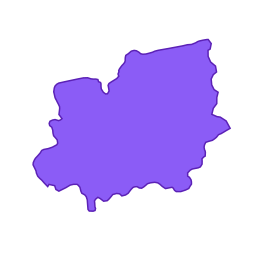 Kruhlaye, Mogilev, Belarus, rotated 169°
{"feature_id": "67162791B94243355622129", "entity_name": "Kruhlaye", "entity_type": "district", "adm_level": 2, "iso_a3": "BLR", "parent_name": "Belarus", "parent_adm1": "Mogilev", "projection": "albers", "projection_center": [29.746, 54.199], "detail": "fine", "context": "isolated", "style": "filled", "palette": "violet", "viewbox_px": 256, "rotation_deg": 169, "n_neighbors": 0, "source": "geoboundaries", "source_scale": "gbopen_adm2", "svg_char_len": 2760}
<svg xmlns="http://www.w3.org/2000/svg" viewBox="0 0 256 256"><g transform="rotate(169 128 128)"><path d="M218.0,85.8L216.3,87.7L211.0,85.4L210.5,81.4L207.9,79.2L200.3,81.3L197.3,82.4L195.6,83.0L192.3,83.1L188.7,82.4L187.8,81.3L186.5,79.0L186.3,75.0L185.8,72.8L183.2,70.6L182.1,68.6L181.7,65.2L182.3,60.1L182.8,55.7L181.9,53.9L178.1,53.0L176.1,53.3L175.2,55.2L175.5,56.8L175.0,60.6L174.8,62.8L173.4,64.3L170.8,65.7L168.8,64.1L167.4,62.5L165.9,60.8L162.3,60.6L160.6,61.6L159.4,62.5L157.2,64.3L155.7,65.6L151.7,65.9L148.8,65.0L147.0,62.5L143.2,62.7L140.3,63.9L138.1,65.9L136.6,67.2L134.4,68.7L132.6,69.0L130.3,68.7L128.4,67.0L126.1,66.3L123.7,67.2L121.3,68.5L119.5,69.6L116.4,69.9L112.1,69.6L109.3,68.5L107.5,66.8L105.5,64.1L102.8,61.4L99.0,61.4L96.1,61.4L95.1,60.4L94.2,57.9L92.8,56.4L88.4,55.5L83.5,56.1L79.9,57.0L78.2,59.0L76.4,60.8L76.0,63.0L76.0,65.1L77.1,67.9L78.6,69.3L78.0,72.6L74.9,74.8L72.6,75.5L69.6,75.5L66.7,75.5L64.4,76.0L62.2,78.4L61.6,81.1L61.2,83.7L59.2,85.1L57.6,85.7L56.7,89.3L56.7,90.9L57.0,91.8L57.0,94.6L56.1,96.9L54.4,99.1L51.5,99.5L47.5,99.8L45.0,100.9L43.0,102.0L40.4,104.2L37.7,104.7L34.6,105.8L32.2,106.7L28.0,108.1L27.8,108.2L30.3,116.2L35.4,121.1L38.5,122.2L43.1,125.4L40.5,131.1L36.2,135.0L35.0,141.0L32.7,145.9L36.2,149.3L37.6,154.4L37.0,160.2L34.1,164.1L30.4,166.1L30.3,172.1L34.3,177.0L35.7,183.0L34.6,189.0L32.3,189.8L30.2,195.0L32.4,199.6L33.9,199.8L37.8,199.9L41.3,199.8L43.2,199.5L45.3,198.7L49.7,197.9L53.8,198.4L58.8,198.2L72.6,198.3L83.5,198.5L87.0,198.3L89.5,197.7L92.9,197.4L96.3,197.2L99.4,197.6L101.4,198.5L102.8,200.3L105.0,202.2L107.2,203.0L110.1,202.8L112.1,201.7L113.4,200.9L115.2,200.2L116.3,199.7L117.1,198.0L117.6,196.2L117.9,194.6L118.7,193.1L120.4,191.6L122.0,190.5L123.9,188.8L125.4,187.3L126.2,186.0L126.2,184.9L127.5,182.9L127.2,180.6L129.6,178.7L132.5,177.6L135.7,176.4L138.2,175.3L139.4,173.7L139.4,171.6L139.5,168.0L141.6,165.5L143.5,165.7L145.4,167.8L146.8,171.5L146.6,173.8L146.1,176.6L146.3,177.9L148.1,179.1L148.3,181.3L150.1,182.1L152.6,182.6L154.9,183.3L158.0,185.0L162.3,185.7L167.9,185.7L179.9,185.5L183.8,185.4L187.4,185.3L189.7,184.5L191.6,183.1L192.7,181.4L194.0,177.7L193.9,174.9L193.8,171.8L193.5,170.4L193.4,170.4L192.5,167.1L191.7,164.4L191.1,161.9L191.4,160.0L192.4,156.9L193.2,154.4L192.1,152.1L191.0,149.7L193.0,148.7L194.8,148.5L196.3,149.3L198.0,150.2L200.6,150.2L203.3,149.5L204.5,147.6L204.4,145.3L202.7,143.3L202.3,140.2L202.6,137.3L202.5,134.6L200.8,131.7L199.8,129.9L199.9,126.5L201.1,125.1L205.9,123.6L210.3,123.0L214.8,123.0L217.0,122.4L219.0,120.2L221.8,118.0L224.7,115.9L226.1,114.3L227.6,112.1L228.2,110.0L227.5,107.3L227.1,105.9L226.5,103.5L226.5,101.1L225.8,97.9L224.4,95.6L222.5,93.1L220.6,89.8L218.0,85.8Z" fill="#8b5cf6" stroke="#5b21b6" stroke-width="1.5"/></g></svg>